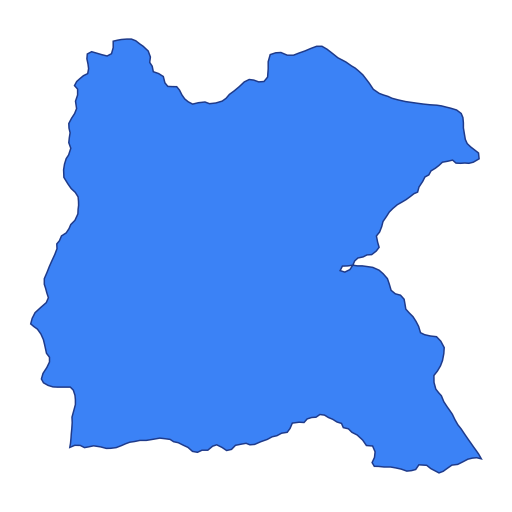 outline of Varzelândia, Minas Gerais, Brazil
{"feature_id": "56859067B50671796395977", "entity_name": "Varzelândia", "entity_type": "district", "adm_level": 2, "iso_a3": "BRA", "parent_name": "Brazil", "parent_adm1": "Minas Gerais", "projection": "albers", "projection_center": [-43.92, -15.637], "detail": "fine", "context": "isolated", "style": "filled", "palette": "blue", "viewbox_px": 512, "rotation_deg": 0, "n_neighbors": 0, "source": "geoboundaries", "source_scale": "gbopen_adm2", "svg_char_len": 4271}
<svg xmlns="http://www.w3.org/2000/svg" viewBox="0 0 512 512"><path d="M69.8,447.4L74.8,445.3L80.2,445.4L84.5,447.6L88.4,446.9L93.6,445.8L100.7,446.9L106.3,448.4L110.6,448.3L116.2,447.6L121.4,445.6L125.7,443.7L129.8,442.2L134.6,441.5L139.9,440.4L146.2,440.4L151.8,439.5L159.8,438.1L165.8,438.8L170.1,439.4L173.6,441.7L178.3,442.7L183.5,445.3L188.0,447.4L192.5,451.4L197.5,452.3L202.0,450.2L207.8,450.2L212.6,446.2L216.7,444.8L222.0,447.4L226.6,450.5L231.5,449.4L235.5,445.3L241.5,444.1L246.1,443.3L249.9,444.8L254.6,444.4L260.8,441.7L267.3,439.4L272.1,436.8L276.9,435.7L281.6,433.2L287.2,432.3L290.0,428.5L292.3,423.1L299.2,422.2L304.0,422.5L307.2,418.9L311.6,417.5L316.0,417.2L319.9,414.5L324.5,415.1L328.4,417.5L332.7,419.3L337.0,422.0L341.5,423.4L343.3,427.6L348.4,428.8L351.9,432.3L357.2,435.0L362.7,440.1L366.4,445.5L372.6,446.0L375.1,451.8L374.5,457.4L372.1,462.6L374.3,466.3L378.4,466.4L384.2,467.0L390.6,467.0L395.7,467.9L401.2,469.1L406.8,471.1L411.6,470.6L415.7,469.5L418.9,464.8L426.7,465.3L430.8,468.6L434.6,470.6L439.0,472.9L443.2,471.3L447.2,468.4L451.9,465.1L457.7,464.4L463.1,461.7L467.8,459.2L472.4,458.1L476.7,457.7L481.3,458.8L478.7,454.2L476.2,450.6L473.5,446.9L471.0,443.3L468.3,439.5L464.8,434.4L461.2,429.0L457.8,424.7L454.9,419.6L452.3,414.2L449.7,410.4L447.0,406.6L443.8,401.7L441.4,395.8L438.6,392.7L435.8,389.1L434.0,382.4L433.9,375.5L437.5,370.9L440.5,365.8L442.5,360.5L443.8,353.7L444.2,347.6L440.8,341.2L436.5,336.7L430.4,336.0L424.6,334.7L420.5,332.7L418.6,326.4L416.0,321.4L413.0,316.7L409.0,312.7L405.8,309.1L405.0,304.2L404.1,299.2L400.5,295.2L395.3,293.8L391.1,290.3L389.2,283.8L387.4,278.6L383.1,273.7L379.1,270.2L372.8,267.4L366.8,266.5L362.3,265.9L357.5,265.9L352.8,265.2L354.7,260.9L357.9,258.0L363.1,256.9L367.0,254.9L371.7,254.6L376.3,251.0L379.1,247.3L377.6,242.1L376.4,236.0L379.6,232.0L381.7,226.6L383.0,221.5L386.3,216.7L389.3,212.0L392.8,208.5L397.3,204.7L402.4,201.8L406.1,199.6L410.2,196.6L413.9,193.7L417.6,192.1L419.0,187.0L422.7,181.4L424.9,177.0L428.8,174.9L431.0,170.9L435.4,168.2L438.9,165.5L442.4,162.2L447.4,161.3L452.6,160.1L456.0,163.1L460.5,163.3L464.8,163.0L468.9,163.3L473.3,162.2L479.1,158.8L478.5,153.0L474.4,149.8L470.4,146.7L467.2,143.6L465.3,139.4L464.2,132.8L463.4,127.9L463.4,122.9L462.9,117.6L461.2,113.5L456.6,110.0L450.7,108.2L446.6,107.2L441.5,105.9L436.8,105.2L430.3,104.8L423.6,104.1L416.9,103.2L410.7,102.3L405.7,101.6L398.1,99.9L392.1,98.3L388.0,96.4L383.5,95.0L379.2,93.4L373.3,89.3L369.3,83.3L366.2,79.2L362.8,74.8L358.5,70.9L355.2,68.1L351.6,66.0L345.9,62.0L337.9,57.8L332.8,53.7L327.0,49.2L322.0,46.3L316.6,46.3L310.7,48.5L305.1,50.9L299.1,53.0L293.5,55.2L287.3,55.2L280.9,52.5L275.7,52.8L270.2,54.6L268.2,61.7L268.2,68.9L267.6,77.1L264.0,81.5L258.7,81.9L253.8,80.1L249.2,79.5L244.3,81.9L239.1,86.8L234.3,90.8L229.4,94.4L226.1,98.3L222.2,101.1L215.8,103.0L209.5,103.7L205.0,102.0L198.5,102.7L192.6,104.1L188.2,101.8L184.7,98.9L181.9,94.9L179.5,90.1L176.7,86.7L172.1,86.6L167.8,86.4L164.9,82.8L163.3,76.5L158.7,73.6L153.3,71.7L152.2,66.2L149.7,62.4L150.4,57.0L148.2,51.0L143.2,46.3L139.3,43.6L135.8,40.8L131.5,39.1L126.6,39.1L121.4,39.5L117.5,40.2L113.2,41.2L113.2,47.7L111.5,53.7L107.1,56.0L101.9,54.7L96.5,53.1L91.6,51.7L87.3,54.0L86.9,58.8L88.0,64.0L88.6,68.7L87.7,73.6L83.4,75.7L79.7,78.8L76.7,81.5L74.5,85.6L77.6,89.1L77.6,95.0L75.5,101.2L76.6,108.6L74.6,113.6L71.6,118.2L68.8,123.5L69.0,128.1L70.1,132.8L69.3,137.8L68.8,142.7L70.8,148.3L68.6,155.0L66.2,158.6L64.5,164.1L63.6,169.8L63.9,177.4L67.9,183.9L71.2,188.6L75.3,192.4L78.1,196.9L78.5,201.2L78.6,205.3L78.1,209.4L77.9,213.9L74.9,220.4L70.8,224.5L69.1,228.5L66.2,232.9L61.5,235.9L59.4,240.8L56.8,243.9L57.0,248.7L54.8,254.5L51.6,261.4L49.3,266.6L47.1,272.2L44.3,278.7L44.3,284.3L45.6,288.3L46.8,292.8L48.4,297.7L46.3,302.6L40.8,307.4L35.1,312.6L32.2,318.3L30.7,323.9L33.9,326.6L37.4,329.1L40.9,334.0L43.4,339.6L44.6,344.6L46.5,353.3L49.5,357.3L49.5,362.0L46.9,367.4L43.0,373.4L41.4,379.0L43.5,382.8L48.1,385.4L53.0,386.9L57.3,387.1L62.9,387.1L70.3,387.1L73.3,390.1L75.0,395.4L75.4,399.7L75.4,404.6L73.9,410.2L72.0,417.1L72.2,422.7L71.8,428.7L71.3,433.7L71.0,438.2L70.5,443.3L69.8,447.4ZM352.8,265.2L349.9,269.6L344.8,272.1L340.1,270.6L342.4,266.1L347.8,265.9L352.8,265.2Z" fill="#3b82f6" stroke="#1e3a8a" stroke-width="1.5"/></svg>